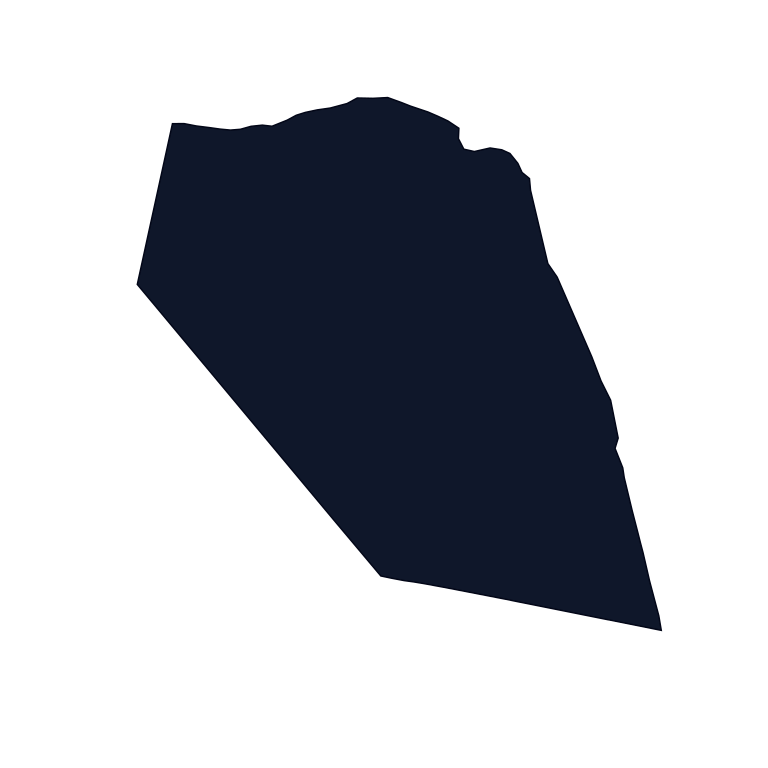 Guamaré, Rio Grande do Norte, Brazil (Mercator projection), rotated 348°
{"feature_id": "56859067B92997995689040", "entity_name": "Guamaré", "entity_type": "district", "adm_level": 2, "iso_a3": "BRA", "parent_name": "Brazil", "parent_adm1": "Rio Grande do Norte", "projection": "mercator", "projection_center": [-36.327, -5.185], "detail": "fine", "context": "isolated", "style": "filled", "palette": "ink", "viewbox_px": 768, "rotation_deg": 348, "n_neighbors": 0, "source": "geoboundaries", "source_scale": "gbopen_adm2", "svg_char_len": 910}
<svg xmlns="http://www.w3.org/2000/svg" viewBox="0 0 768 768"><g transform="rotate(348 384 384)"><path d="M510.4,149.4L501.2,140.0L492.2,133.2L483.6,127.1L467.7,117.7L460.0,112.6L447.2,104.6L432.7,102.3L417.3,98.7L406.2,102.0L388.8,102.9L375.7,102.0L363.4,102.0L354.0,102.9L344.1,105.8L328.1,108.6L318.8,105.5L307.5,104.3L296.5,105.0L286.6,103.7L276.7,100.6L266.5,96.9L254.1,92.6L242.5,87.7L231.2,85.4L163.4,235.3L306.6,506.5L341.0,571.1L351.2,575.6L362.9,580.5L371.8,583.7L382.0,587.7L400.4,595.3L457.8,619.6L471.1,625.4L604.0,682.6L604.6,667.9L602.8,631.6L602.3,603.0L601.8,592.7L601.4,582.3L600.4,559.1L599.5,525.6L600.1,515.6L596.6,495.0L601.8,485.6L602.3,447.0L596.9,426.1L592.9,400.6L575.6,315.5L569.3,300.3L567.6,225.0L569.0,213.3L563.0,205.8L560.8,196.0L555.1,184.7L547.9,179.4L536.8,175.2L520.7,175.4L510.9,170.9L507.8,159.5L510.4,149.4Z" fill="#0f172a" stroke="#020617" stroke-width="1.5"/></g></svg>